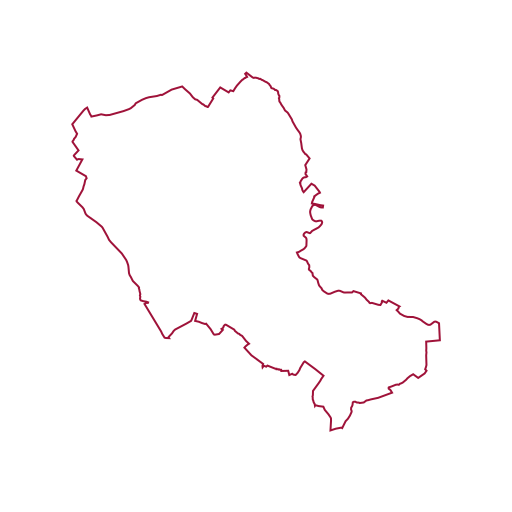 Ganesti, Mures, Romania (Albers equal-area conic projection), rotated 164°
{"feature_id": "2599482B44077836388237", "entity_name": "Ganesti", "entity_type": "district", "adm_level": 2, "iso_a3": "ROU", "parent_name": "Romania", "parent_adm1": "Mures", "projection": "albers", "projection_center": [24.339, 46.342], "detail": "fine", "context": "isolated", "style": "outline", "palette": "rose", "viewbox_px": 512, "rotation_deg": 164, "n_neighbors": 0, "source": "geoboundaries", "source_scale": "gbopen_adm2", "svg_char_len": 6082}
<svg xmlns="http://www.w3.org/2000/svg" viewBox="0 0 512 512"><g transform="rotate(164 256 256)"><path d="M250.7,130.7L248.2,132.2L245.8,134.3L244.2,136.3L239.4,140.7L238.1,141.2L230.2,130.9L224.1,122.3L227.2,119.8L228.4,118.5L230.8,116.5L238.4,110.6L239.7,106.5L240.4,105.4L240.4,105.0L240.4,104.7L240.7,103.6L241.0,102.2L240.8,101.6L240.9,99.7L240.7,98.6L240.4,97.8L240.6,95.7L240.0,96.2L237.2,94.5L232.8,92.6L232.3,89.1L230.0,83.9L228.8,80.2L228.7,79.2L229.3,76.9L232.5,67.8L226.8,68.0L221.3,67.5L220.6,66.8L215.4,72.5L212.5,74.2L209.7,76.7L207.3,79.5L206.8,80.5L206.9,82.4L206.3,84.0L205.1,85.1L204.3,86.2L203.3,88.6L202.6,88.9L201.9,88.9L200.8,88.6L199.5,87.4L197.5,86.7L196.9,86.1L192.8,85.5L189.7,86.7L187.9,86.5L185.2,86.5L177.7,86.0L162.9,87.1L163.6,89.8L164.2,90.9L164.5,91.1L165.0,91.9L164.9,92.7L164.6,93.1L162.0,93.2L157.1,93.7L155.2,93.4L154.4,92.9L153.9,92.9L153.0,93.5L151.3,93.6L149.8,93.9L145.7,95.7L144.2,96.7L141.0,98.1L137.5,99.0L133.7,94.1L126.3,96.6L123.7,98.7L124.6,100.5L123.3,102.3L122.2,104.2L119.8,113.6L118.7,116.4L118.5,118.0L117.7,120.3L116.0,126.8L102.5,124.3L98.6,140.9L100.6,142.9L101.3,143.4L102.0,143.6L102.9,143.6L107.0,142.0L107.7,141.9L108.7,142.1L109.6,142.5L110.9,143.7L114.1,147.6L114.4,148.3L116.1,150.1L118.1,151.7L121.7,154.0L127.2,155.7L130.1,157.5L131.5,158.9L133.5,160.9L134.6,163.3L135.7,165.2L133.7,166.2L132.6,167.8L132.0,168.0L141.0,176.8L143.5,175.1L147.0,178.2L147.3,178.0L147.6,177.6L147.5,177.2L147.7,176.7L149.9,174.6L151.9,175.4L157.5,179.0L159.3,179.2L159.9,179.9L160.1,180.8L161.7,183.4L162.6,185.7L163.2,186.7L165.7,190.4L165.4,191.1L172.0,195.4L173.7,194.5L181.0,196.5L181.9,196.9L184.8,199.3L186.1,199.9L187.4,200.0L190.2,199.9L195.0,199.3L196.7,199.6L197.8,200.2L200.5,203.3L201.6,205.0L201.8,205.7L201.8,206.7L203.2,209.6L203.5,210.6L203.6,213.1L203.5,215.5L203.6,216.5L205.9,219.7L206.8,221.4L206.4,224.1L207.0,224.9L207.5,226.3L208.8,228.2L208.8,228.9L207.8,230.6L207.4,232.5L208.1,234.3L208.5,237.1L208.9,237.8L213.8,241.7L214.6,242.6L214.9,243.4L215.5,246.3L215.7,248.1L213.9,248.1L212.8,248.3L211.6,248.7L208.6,249.4L207.4,249.9L206.5,250.5L205.1,251.5L204.7,252.1L203.1,257.0L202.8,258.4L202.8,259.3L203.0,259.9L204.6,262.3L204.5,263.1L204.0,263.9L202.7,264.8L201.7,265.1L200.7,265.1L198.0,263.1L197.6,263.1L195.0,264.7L188.0,266.2L186.3,267.1L184.3,268.4L183.6,269.3L183.1,270.2L183.1,271.0L183.3,271.6L183.6,272.0L185.5,272.5L188.6,272.7L189.6,273.2L190.9,274.4L191.8,275.7L191.9,276.5L192.2,279.9L192.1,281.7L191.9,283.2L191.6,284.1L190.7,285.7L188.3,288.3L187.3,288.9L186.4,289.0L185.5,289.0L184.6,288.7L181.3,285.5L180.2,284.8L178.4,284.2L177.6,286.0L180.1,287.1L185.2,289.9L187.8,291.1L187.1,292.5L183.4,296.9L183.5,297.3L179.4,298.8L177.1,299.2L177.3,300.3L180.2,307.5L182.8,310.2L192.6,304.2L193.0,305.2L193.3,307.0L193.1,308.2L193.6,311.6L193.6,314.1L193.2,314.1L193.1,314.8L192.1,315.9L190.1,317.6L189.1,318.1L187.9,318.3L186.3,318.0L184.9,318.4L185.3,319.8L185.8,320.7L185.8,321.3L185.3,322.6L184.6,322.7L183.7,325.0L183.6,325.5L183.6,329.8L177.6,335.0L179.5,339.3L180.0,340.1L180.4,340.3L180.8,340.9L181.1,342.1L181.5,342.7L182.1,344.7L182.2,346.7L181.4,352.1L181.1,355.8L180.9,356.4L180.3,357.4L179.9,358.5L179.8,359.3L179.8,361.2L180.1,362.6L181.4,366.1L182.2,368.5L183.8,375.3L183.9,377.5L185.7,384.1L186.1,385.2L188.0,387.9L188.6,390.8L189.4,393.0L190.0,394.9L190.3,396.5L190.8,397.8L190.9,398.4L190.5,400.2L190.5,401.4L190.0,401.7L189.6,402.7L189.4,403.6L189.7,404.2L189.9,405.8L189.6,407.4L189.7,408.5L190.8,409.9L191.9,410.3L192.0,410.7L193.0,412.0L194.7,413.0L195.0,413.4L195.1,415.1L195.9,417.0L196.0,417.7L197.9,420.2L198.8,420.8L201.3,423.4L201.9,423.7L203.0,425.1L204.1,425.3L204.6,426.0L206.9,427.4L208.0,427.8L209.0,427.8L209.6,428.2L210.2,428.8L214.7,434.9L216.2,434.1L215.6,432.3L215.2,430.6L216.6,430.4L217.2,430.1L217.8,430.2L220.1,429.2L220.5,429.2L222.7,428.0L227.3,425.1L229.8,423.1L232.4,420.7L235.0,422.3L237.2,420.8L243.9,427.9L254.2,420.3L253.7,419.2L261.1,412.5L261.6,412.6L262.4,413.6L263.4,414.0L264.9,416.3L265.6,416.6L269.5,422.3L271.3,423.4L273.0,426.1L274.7,430.4L278.2,435.8L280.2,439.3L291.2,439.2L301.7,436.7L302.2,436.7L302.9,437.2L307.1,437.1L315.1,438.1L318.2,438.1L322.4,437.6L329.3,436.0L329.7,435.8L330.9,434.6L335.6,432.6L337.6,432.2L343.4,431.8L357.7,431.9L361.5,432.7L365.8,434.9L370.3,435.0L375.8,435.4L375.9,436.4L376.4,437.8L377.4,445.2L379.9,444.4L381.8,443.3L396.3,433.3L395.1,425.8L394.3,422.8L396.6,420.1L398.6,418.8L399.1,418.0L400.8,416.7L400.9,416.2L397.5,406.4L402.7,403.3L403.5,402.7L403.5,402.2L401.5,397.9L400.4,398.1L399.8,398.1L396.3,396.7L405.2,387.6L397.5,379.6L397.4,377.4L399.2,376.1L401.2,372.3L402.5,370.5L403.8,368.2L404.6,367.2L409.7,362.2L412.6,359.1L413.4,358.4L413.4,357.9L412.5,356.1L409.4,350.7L408.6,348.6L408.2,343.8L407.9,342.8L407.1,341.2L400.1,332.5L396.2,326.7L395.7,325.5L393.4,315.6L392.8,312.0L391.6,309.2L384.3,295.4L381.9,288.0L381.6,286.0L381.4,282.5L381.6,280.8L382.8,274.5L382.7,272.4L382.1,270.3L381.4,266.6L381.2,265.8L377.9,259.9L377.1,258.0L377.5,257.2L377.4,255.7L377.6,254.7L377.7,251.2L378.2,250.6L378.5,250.0L378.4,248.8L379.2,247.1L379.3,246.0L379.0,245.1L376.9,243.7L374.2,242.4L372.5,241.2L372.9,240.7L374.0,241.1L374.8,241.1L376.4,240.6L368.0,209.6L367.6,206.9L366.4,202.7L365.2,202.0L362.2,201.0L362.5,202.0L362.4,202.2L358.0,204.8L355.9,206.6L354.0,207.6L341.6,210.2L336.4,211.5L335.5,212.4L331.0,218.2L328.6,216.6L332.4,210.4L329.0,208.5L326.5,206.5L323.6,204.6L322.6,204.7L319.8,198.2L318.4,193.0L318.0,192.1L317.3,191.7L313.0,191.2L308.3,194.1L309.2,195.4L307.7,195.9L307.1,196.4L306.5,197.4L305.3,198.2L304.5,198.5L303.7,198.1L297.2,191.2L296.9,189.8L294.6,186.4L293.5,185.7L292.9,184.4L291.9,183.6L291.3,182.9L289.0,177.1L286.9,173.6L288.6,173.1L291.0,172.0L292.4,171.1L287.8,161.8L278.9,150.3L280.0,148.7L280.2,148.0L280.3,147.2L279.5,147.8L278.4,148.1L276.7,146.8L275.2,147.5L268.6,142.4L267.4,142.0L267.5,141.5L265.2,140.8L265.2,140.4L263.2,139.7L263.4,138.5L256.7,136.8L256.8,132.4L253.6,132.8L253.2,132.1L252.3,131.4L250.7,130.7Z" fill="none" stroke="#9f1239" stroke-width="2"/></g></svg>